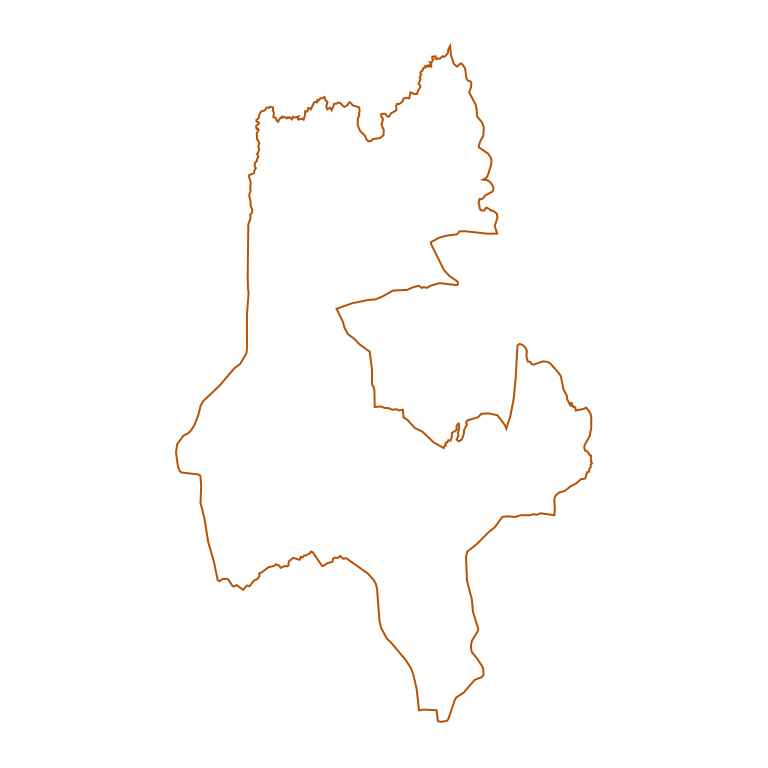 the district of Lindi, Lindi, United Republic of Tanzania
{"feature_id": "72390352B7713188541433", "entity_name": "Lindi", "entity_type": "district", "adm_level": 2, "iso_a3": "TZA", "parent_name": "United Republic of Tanzania", "parent_adm1": "Lindi", "projection": "equal_earth", "projection_center": [39.517, -10.037], "detail": "fine", "context": "isolated", "style": "outline", "palette": "amber", "viewbox_px": 768, "rotation_deg": 0, "n_neighbors": 0, "source": "geoboundaries", "source_scale": "gbopen_adm2", "svg_char_len": 6069}
<svg xmlns="http://www.w3.org/2000/svg" viewBox="0 0 768 768"><path d="M249.1,175.1L249.1,177.2L250.7,182.2L250.2,187.9L250.6,190.9L249.3,194.5L249.4,196.7L250.5,201.0L250.6,205.6L252.3,210.0L251.9,212.9L250.2,214.7L250.5,218.4L248.3,224.4L247.7,275.0L248.0,288.9L248.6,292.6L247.0,314.2L247.1,346.9L246.4,353.3L240.3,363.7L234.2,368.4L219.3,385.9L203.1,401.2L200.6,405.8L198.3,415.2L194.1,425.8L190.6,430.9L187.7,433.6L183.4,435.6L177.2,444.3L176.0,452.7L178.0,466.8L179.9,471.3L181.4,472.5L198.1,474.4L199.9,475.3L200.4,476.6L201.2,485.5L200.5,503.0L204.3,517.7L208.2,542.0L213.9,561.7L217.7,580.1L219.5,581.2L222.6,579.0L226.9,578.8L228.5,579.7L232.6,586.1L233.9,586.5L236.6,585.1L243.2,589.8L246.3,586.1L247.6,585.5L249.5,586.3L254.1,580.3L256.7,579.5L258.1,578.1L259.5,575.7L259.1,573.5L261.9,572.3L268.4,567.2L274.4,565.9L275.8,564.3L279.2,565.6L280.6,567.9L284.7,566.0L287.2,566.4L288.4,565.6L288.8,561.4L293.2,557.9L299.6,559.8L300.9,556.8L302.4,557.5L304.3,555.4L305.7,555.6L310.1,553.1L310.9,551.6L312.8,552.3L321.9,565.7L323.0,566.0L327.1,563.3L332.2,561.9L333.2,558.6L334.4,557.7L338.1,557.9L340.2,556.0L343.4,558.8L346.3,558.2L367.8,573.5L373.6,579.9L375.9,584.0L377.1,589.4L379.5,621.3L381.3,628.3L386.9,638.6L391.5,643.1L405.9,660.3L411.1,668.4L413.2,674.2L416.7,689.2L419.0,710.4L423.1,709.6L436.5,710.2L437.9,721.1L440.7,721.9L447.1,720.8L448.5,718.6L454.9,699.8L456.4,697.3L463.6,692.7L474.7,679.9L481.9,677.0L483.6,674.6L483.0,667.8L477.7,659.3L471.9,652.2L471.3,650.0L470.9,645.8L471.9,640.8L477.7,631.3L478.2,628.6L473.0,612.0L471.8,599.2L467.0,580.6L466.0,556.9L467.4,551.4L476.5,544.4L489.1,531.7L494.8,527.2L502.3,516.9L508.0,516.3L515.0,517.0L521.0,515.2L529.6,515.3L533.2,514.2L536.6,514.8L540.6,513.3L554.4,515.2L554.8,508.7L554.3,500.9L554.5,498.2L555.6,495.5L559.4,492.4L564.7,491.0L570.5,486.4L576.2,483.4L580.8,479.3L585.3,478.5L586.9,472.4L588.8,471.8L589.6,468.5L590.6,467.3L590.7,464.5L592.0,463.4L590.9,461.4L591.4,460.5L590.8,459.8L591.0,455.6L590.0,455.4L587.4,451.4L585.2,450.7L584.2,447.6L584.6,445.1L589.6,436.2L591.2,428.2L591.3,418.0L590.7,414.3L588.6,410.5L585.9,407.5L584.1,408.8L575.8,410.5L575.3,407.2L573.6,407.2L573.2,406.0L572.3,406.0L571.7,402.9L570.6,403.1L570.9,405.5L570.3,405.5L567.1,399.0L566.9,395.9L563.4,389.2L560.9,376.3L558.3,372.5L550.4,363.6L547.4,361.8L542.9,361.4L534.0,364.5L532.0,364.4L530.2,361.8L527.8,361.5L526.4,356.4L526.9,350.8L525.2,347.4L522.9,345.2L519.7,343.8L517.5,345.5L515.6,379.0L513.7,398.8L510.5,415.5L506.3,428.7L505.0,425.2L497.4,415.2L488.4,413.4L481.4,413.8L477.9,417.3L467.1,420.5L466.2,422.4L467.0,424.6L464.4,429.1L463.5,435.1L461.8,439.4L459.3,441.2L457.8,440.8L456.7,439.4L458.3,436.0L458.0,432.8L459.2,428.1L459.0,423.9L458.1,423.6L456.6,426.0L456.5,430.1L451.9,432.9L451.7,437.4L450.5,440.7L448.4,440.2L447.4,442.5L446.0,442.5L445.3,444.1L445.8,445.6L444.2,446.4L443.6,448.0L433.7,442.4L422.2,431.5L414.9,428.1L407.4,419.8L403.6,417.6L402.8,409.7L399.3,410.5L396.1,409.2L392.4,409.8L388.6,408.1L385.1,408.0L380.7,406.5L374.7,407.0L374.4,390.5L373.8,387.3L372.3,385.2L372.0,383.2L372.0,369.8L369.7,351.7L359.6,344.4L354.1,338.7L348.1,334.3L344.5,327.8L342.9,321.9L336.6,308.8L352.3,303.2L369.2,299.8L375.2,299.5L382.8,296.3L392.9,290.6L407.1,289.9L413.4,287.1L419.0,285.8L421.9,288.0L423.6,287.1L427.0,287.9L430.2,285.8L439.8,283.1L457.1,285.2L458.0,284.2L457.6,281.6L449.1,275.7L444.0,270.1L431.1,244.1L430.9,242.1L438.7,237.9L445.6,235.8L457.0,234.3L459.5,231.4L465.0,231.2L487.3,233.7L497.2,233.6L494.7,225.9L497.5,217.6L496.8,213.6L492.8,210.6L491.5,210.4L490.2,211.3L491.5,210.4L486.8,207.8L485.8,207.9L484.3,210.6L481.1,210.4L479.6,208.4L479.3,204.8L478.5,203.9L479.5,199.0L481.2,199.2L483.5,198.0L484.9,195.6L492.5,191.5L493.3,190.1L493.5,187.5L490.8,182.7L489.5,181.6L487.2,180.3L483.0,179.6L486.2,178.1L487.6,175.9L491.1,165.0L491.5,160.6L490.8,157.7L488.2,153.7L479.0,147.5L478.9,145.6L480.0,141.8L483.3,135.7L483.8,127.7L482.2,122.6L476.9,116.3L476.8,110.3L475.7,104.7L469.2,92.5L471.0,87.2L471.3,82.8L470.5,81.4L467.9,80.6L466.5,78.6L465.1,68.4L462.5,64.5L460.7,63.4L456.9,66.6L453.7,63.6L451.0,55.3L450.1,46.1L448.3,49.4L447.9,53.0L445.5,56.0L443.8,57.0L443.2,56.3L441.9,56.7L439.8,58.8L437.7,58.4L436.6,59.2L435.6,58.6L435.6,56.3L432.2,56.7L432.5,59.0L433.2,59.5L431.5,62.6L430.4,62.4L431.2,63.2L430.3,64.1L431.4,65.4L431.2,66.6L428.5,65.5L427.7,65.5L428.1,66.6L425.3,66.0L425.5,67.5L423.6,67.9L422.1,71.2L420.8,71.6L420.3,73.5L421.2,74.5L419.6,77.6L420.6,79.2L418.5,84.0L419.9,85.0L420.5,86.7L417.8,91.1L416.9,94.0L414.0,93.9L410.6,92.3L409.2,98.3L405.7,97.9L403.4,98.7L402.5,101.3L401.3,102.6L399.0,104.0L397.0,104.0L396.1,106.0L396.4,109.5L395.9,110.6L391.2,113.2L389.1,116.5L387.6,116.7L385.2,113.8L381.3,113.9L381.1,116.4L383.1,119.1L381.4,124.7L383.8,130.2L383.5,135.3L379.7,138.2L373.0,139.0L371.1,141.0L368.9,141.3L366.9,140.1L364.7,135.4L360.1,131.0L357.6,124.9L357.9,117.8L359.3,115.8L359.0,114.2L359.6,111.0L359.1,107.3L352.9,105.5L349.8,102.2L348.5,103.1L347.9,104.8L344.8,106.8L343.8,106.7L340.3,103.1L338.1,102.5L336.7,103.7L334.3,103.7L331.7,110.2L330.1,107.8L327.2,109.3L326.3,106.5L327.5,102.0L325.6,100.3L324.4,97.0L322.1,98.4L320.4,98.2L318.0,101.1L317.4,100.3L316.5,102.3L315.9,101.8L314.0,102.5L310.9,109.2L309.9,108.2L308.2,108.1L308.2,109.6L306.8,111.7L305.3,111.2L304.8,115.9L303.6,119.7L302.0,118.7L298.3,119.6L297.8,119.0L298.6,116.5L295.0,117.5L292.7,116.9L292.1,119.3L289.6,117.3L288.4,117.9L287.8,117.3L286.9,118.4L284.8,117.0L283.2,117.5L282.2,116.7L281.9,117.8L280.7,117.7L278.6,120.3L278.3,121.7L276.6,120.6L275.8,118.0L273.4,117.2L273.9,112.3L273.1,111.2L273.0,107.4L270.1,106.7L269.1,107.8L266.7,107.5L264.8,110.4L261.0,111.5L258.9,115.8L258.9,118.0L256.3,120.1L256.6,121.6L258.3,122.1L259.1,123.4L256.0,126.1L256.7,129.1L258.0,128.6L258.5,129.5L258.5,130.6L256.8,132.9L257.0,139.2L258.2,140.5L259.3,143.5L258.2,146.0L259.1,148.6L258.8,150.5L258.1,153.0L257.0,153.7L258.3,156.6L256.7,160.0L256.9,160.9L254.9,163.1L254.7,166.2L255.8,168.2L254.3,170.8L254.1,173.0L249.1,175.1Z" fill="none" stroke="#b45309" stroke-width="2"/></svg>